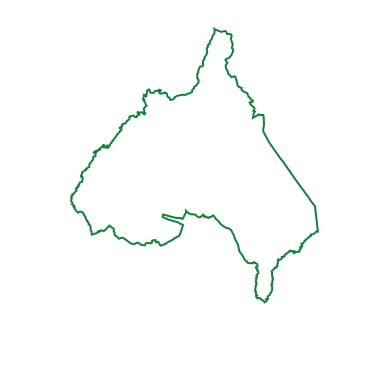 outline of Mulanje, Mulanje, Malawi, rotated 151°
{"feature_id": "42251766B75579143939980", "entity_name": "Mulanje", "entity_type": "district", "adm_level": 2, "iso_a3": "MWI", "parent_name": "Malawi", "parent_adm1": "Mulanje", "projection": "mercator", "projection_center": [35.53, -15.905], "detail": "fine", "context": "isolated", "style": "outline", "palette": "green", "viewbox_px": 384, "rotation_deg": 151, "n_neighbors": 0, "source": "geoboundaries", "source_scale": "gbopen_adm2", "svg_char_len": 5989}
<svg xmlns="http://www.w3.org/2000/svg" viewBox="0 0 384 384"><g transform="rotate(151 192 192)"><path d="M95.7,227.4L102.7,227.3L99.9,230.9L98.0,231.8L99.0,233.1L97.6,233.7L96.6,235.4L98.3,239.9L98.5,241.1L98.2,242.3L97.4,242.3L95.7,241.3L94.5,242.3L95.5,244.4L95.7,246.4L96.4,248.1L95.7,251.6L97.1,253.2L98.9,256.3L99.1,257.4L98.1,259.1L99.8,260.7L100.5,262.7L98.5,270.0L98.4,272.1L98.8,272.7L101.6,273.1L102.1,274.0L102.2,276.0L103.1,277.7L102.4,279.6L102.2,284.2L101.2,286.3L98.5,287.9L98.7,291.3L97.6,291.8L95.3,291.3L93.7,291.6L90.4,293.1L88.5,294.6L86.9,296.8L87.4,298.8L84.9,301.1L83.6,307.5L81.8,309.0L81.2,310.5L82.0,311.7L84.6,312.9L84.5,315.7L85.0,316.8L89.0,318.0L92.8,322.7L93.3,323.8L93.9,322.1L95.8,319.5L98.1,318.8L99.8,316.7L103.1,315.2L104.0,314.4L104.6,312.9L106.9,312.9L107.8,311.2L109.4,310.6L110.8,306.9L112.9,305.1L115.8,303.7L116.8,302.1L119.0,301.1L121.0,297.3L121.8,297.0L123.7,297.6L124.8,297.5L127.8,294.9L128.5,293.6L130.5,292.4L131.2,290.6L132.2,289.3L131.9,286.8L133.3,284.6L137.0,283.0L139.4,282.7L140.0,281.7L142.3,281.2L143.3,279.5L146.1,279.4L148.3,280.1L151.0,280.1L152.2,281.2L157.9,283.2L161.2,283.3L161.6,282.7L163.7,282.2L166.0,282.8L166.5,283.3L165.9,285.3L166.9,286.4L167.1,287.6L166.3,290.2L167.5,292.3L168.7,291.9L169.7,292.6L172.0,293.3L172.4,293.9L172.3,295.4L170.1,296.0L170.3,296.7L171.2,297.4L173.1,297.2L174.9,298.1L175.7,298.1L177.1,297.3L178.9,298.0L180.1,299.0L179.8,302.4L181.6,302.6L182.3,302.2L183.2,300.4L184.5,299.7L185.3,297.9L186.0,297.9L186.5,299.8L187.0,300.3L188.6,297.9L189.9,297.1L190.0,296.7L188.9,295.6L190.0,294.7L189.6,292.7L190.1,291.2L189.9,289.6L190.1,289.3L192.1,289.1L193.6,288.3L195.0,285.0L194.6,283.9L195.5,283.0L196.2,283.1L197.1,286.0L199.3,286.8L200.7,288.2L201.0,288.1L201.1,287.3L200.4,285.9L200.5,285.2L202.9,285.5L203.6,284.6L204.5,284.4L205.2,284.8L206.2,287.3L210.0,288.2L210.4,288.1L211.2,286.3L212.7,285.8L214.3,285.8L215.5,284.8L217.8,284.4L218.8,285.0L220.6,284.9L221.5,283.2L224.0,283.4L224.3,283.1L224.2,282.8L223.0,282.5L222.9,282.1L223.7,280.3L225.7,280.2L226.5,279.4L229.2,278.7L232.8,276.8L235.1,276.1L236.0,275.2L237.5,275.0L238.3,274.1L239.8,273.9L242.7,271.7L243.1,271.9L243.6,273.8L244.7,273.2L244.8,272.0L247.4,273.8L247.6,274.2L246.0,275.3L246.7,276.1L247.5,275.9L248.2,274.5L249.1,275.1L250.7,274.9L251.8,273.7L252.2,273.6L252.8,274.6L254.8,273.4L255.7,274.7L258.4,274.3L258.8,274.1L258.5,273.8L257.4,273.5L257.0,272.9L258.2,271.9L258.6,270.5L259.5,270.2L260.1,270.7L261.7,270.3L262.5,268.6L268.4,265.9L269.8,263.6L271.8,263.9L272.8,263.3L273.8,263.5L274.0,262.8L274.7,262.5L275.8,262.9L278.6,262.4L279.7,260.8L281.3,260.1L281.6,259.3L280.7,258.6L280.5,257.8L281.2,257.4L281.5,256.0L283.5,254.1L285.2,254.6L286.4,254.2L286.9,253.2L288.0,253.1L288.1,252.4L289.3,252.3L289.3,251.5L290.5,251.3L291.2,251.6L291.4,250.9L292.3,250.3L292.3,249.2L295.0,248.5L295.6,248.0L296.8,248.1L297.6,247.3L298.1,247.7L299.1,247.1L299.4,246.0L300.5,245.7L300.7,244.1L302.0,243.0L302.2,242.2L301.8,241.1L302.4,239.4L302.8,239.3L301.7,237.4L302.7,236.8L302.8,236.1L302.0,235.5L302.8,234.3L302.0,229.8L301.2,229.0L300.2,229.4L298.8,228.8L297.6,227.5L297.7,226.4L297.2,225.7L297.6,224.6L297.3,221.4L297.9,220.0L297.6,217.9L298.0,217.2L297.5,216.1L297.4,214.8L298.1,214.0L297.3,212.2L298.1,209.6L299.1,207.9L299.0,206.0L300.4,203.3L295.2,202.2L293.4,203.1L292.3,203.0L292.4,202.1L290.4,202.6L289.7,201.8L289.0,201.8L288.1,200.6L286.1,200.9L280.5,202.6L278.4,197.9L278.6,196.8L279.6,195.6L279.5,193.9L280.4,192.2L280.3,191.1L279.1,189.0L278.8,187.0L278.2,186.4L276.1,186.3L274.7,185.3L273.7,183.9L270.7,177.1L269.0,175.1L267.9,174.4L265.4,174.4L263.4,173.7L262.3,170.7L259.2,168.2L257.9,169.2L256.7,169.5L255.2,169.0L253.2,167.1L251.4,167.2L251.0,168.6L250.6,168.8L247.7,168.0L247.2,167.5L248.0,165.6L245.7,164.7L245.6,160.6L244.6,160.0L240.1,159.5L236.8,159.8L230.7,159.6L230.1,160.0L224.3,159.9L223.1,160.7L215.8,167.4L217.0,169.4L217.9,170.1L218.7,172.0L226.0,179.3L229.7,184.1L229.6,184.9L228.2,186.3L218.7,177.2L215.0,175.1L213.3,173.0L206.8,177.3L206.3,178.3L205.9,176.5L204.2,173.4L200.2,170.8L199.2,167.9L198.1,166.3L197.0,165.9L193.2,166.7L193.5,165.0L192.1,164.3L192.4,163.7L190.6,162.2L190.4,161.4L189.0,161.6L187.6,160.9L185.7,161.3L184.6,161.1L184.1,156.6L182.9,153.8L182.7,151.0L181.9,148.4L180.0,144.9L177.0,141.6L176.3,139.8L176.4,134.6L177.2,129.1L177.2,125.1L177.7,122.4L179.3,117.2L178.6,111.4L178.8,107.5L177.6,104.2L177.9,103.4L175.9,101.6L174.1,100.9L173.6,100.3L172.1,100.6L171.4,100.4L171.3,99.2L169.9,97.5L170.5,95.4L172.7,95.3L172.8,94.2L172.2,93.6L172.1,92.8L173.2,91.9L172.4,90.7L173.2,88.9L174.3,88.7L174.7,88.1L176.1,87.9L175.9,86.4L176.8,85.7L177.6,85.8L178.0,85.2L178.0,84.5L179.4,83.1L179.9,82.0L179.7,80.9L180.4,80.6L180.8,79.5L181.8,79.0L183.5,76.5L184.5,75.8L184.3,74.3L185.0,73.9L184.6,72.9L185.3,72.5L185.6,71.0L185.0,70.1L185.3,69.8L186.4,70.0L186.7,69.3L186.2,67.1L184.8,66.9L183.9,66.1L183.7,64.3L182.5,62.9L181.9,60.2L179.6,60.5L179.2,61.1L179.4,62.3L179.0,62.4L178.1,61.7L177.4,61.6L176.6,63.9L173.6,64.5L169.8,67.1L167.9,69.8L167.7,72.1L166.6,72.5L166.6,73.3L165.6,73.7L165.1,75.1L163.8,76.1L163.4,77.6L163.0,77.6L162.3,80.6L161.0,82.8L160.9,84.0L156.9,85.1L156.0,85.8L154.9,84.9L154.1,85.7L153.0,86.0L152.5,87.4L150.8,88.7L150.4,90.2L149.3,91.2L148.4,90.1L145.7,90.3L145.0,91.6L144.3,91.2L143.6,91.4L142.7,90.7L141.5,92.1L139.6,91.9L138.8,92.7L136.5,92.4L135.4,93.2L134.2,93.1L133.9,92.0L131.4,90.9L131.4,90.5L132.7,89.5L132.3,88.9L131.5,89.0L130.8,89.9L128.5,88.1L126.9,87.9L126.3,88.3L126.2,89.1L125.0,89.3L123.7,90.1L124.3,90.7L123.9,91.4L122.4,91.1L121.7,91.3L121.9,92.1L121.1,92.9L121.2,93.6L120.2,93.1L118.1,94.0L117.0,95.0L116.3,94.6L114.1,95.5L112.5,95.4L110.7,96.3L110.1,95.9L109.4,95.9L108.4,97.2L107.3,96.6L104.6,96.4L102.5,97.2L101.1,96.3L91.3,120.0L92.4,126.3L92.5,129.4L95.4,152.0L97.8,176.0L98.2,177.0L100.5,198.0L100.3,210.3L99.2,212.5L96.2,216.1L92.6,223.7L92.5,224.9L95.4,226.5L95.7,227.4Z" fill="none" stroke="#15803d" stroke-width="2"/></g></svg>